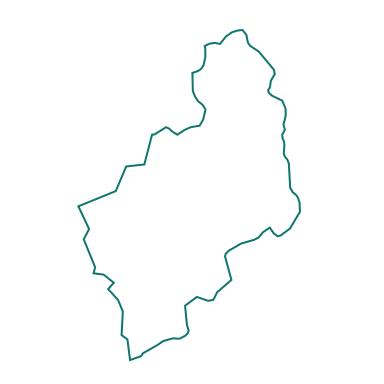 the district of Hrazdan, Kotayk, Armenia, rotated 68°
{"feature_id": "60910142B58018566981737", "entity_name": "Hrazdan", "entity_type": "district", "adm_level": 2, "iso_a3": "ARM", "parent_name": "Armenia", "parent_adm1": "Kotayk", "projection": "orthographic", "projection_center": [44.645, 40.538], "detail": "fine", "context": "isolated", "style": "outline", "palette": "teal", "viewbox_px": 384, "rotation_deg": 68, "n_neighbors": 0, "source": "geoboundaries", "source_scale": "gbopen_adm2", "svg_char_len": 1429}
<svg xmlns="http://www.w3.org/2000/svg" viewBox="0 0 384 384"><g transform="rotate(68 192 192)"><path d="M60.7,84.5L59.3,89.6L58.9,95.2L60.5,102.1L65.2,110.6L62.3,114.9L61.6,118.0L61.0,120.4L61.3,124.3L61.4,125.5L64.3,126.1L71.7,129.0L78.8,133.8L81.3,137.5L82.1,141.4L81.7,147.0L98.7,153.4L104.5,153.4L110.0,152.4L114.6,149.8L117.7,149.0L120.7,148.6L128.9,154.4L133.4,160.1L132.0,166.1L131.4,169.9L131.7,175.7L133.4,184.1L129.0,187.4L124.5,189.6L122.2,191.8L124.6,205.4L124.3,206.2L123.8,207.5L148.6,225.9L143.7,243.5L162.6,262.3L162.7,302.7L187.8,301.3L195.4,310.1L225.5,310.0L230.5,313.7L235.5,304.9L246.8,298.5L250.6,306.1L264.4,301.0L276.9,300.9L298.3,310.9L304.5,307.1L324.6,312.4L325.1,300.8L323.1,297.6L321.6,286.3L320.9,281.2L319.4,274.5L320.6,264.3L323.4,258.5L322.7,251.8L321.2,248.7L319.0,247.0L313.4,246.5L294.8,241.0L291.1,226.8L299.0,217.7L300.0,212.6L294.4,206.3L288.3,188.4L264.1,185.5L261.9,183.9L260.2,180.0L258.2,165.7L259.6,152.1L259.1,147.2L255.9,141.4L254.2,133.2L261.0,131.7L265.1,129.2L265.5,126.1L262.6,114.9L250.8,99.3L242.0,96.2L236.8,95.9L233.9,96.5L230.0,98.7L224.9,99.4L201.8,91.5L197.8,91.5L193.7,92.7L190.7,92.5L183.2,88.8L180.0,87.9L176.1,87.9L172.7,86.9L169.0,82.5L163.9,82.0L156.3,76.5L149.7,74.0L141.2,74.1L132.7,81.7L128.8,83.7L126.1,83.2L123.9,80.3L118.5,77.3L113.6,71.0L109.2,70.3L87.0,77.4L78.1,83.4L74.4,84.2L66.7,82.7L60.7,84.5Z" fill="none" stroke="#0f766e" stroke-width="2"/></g></svg>